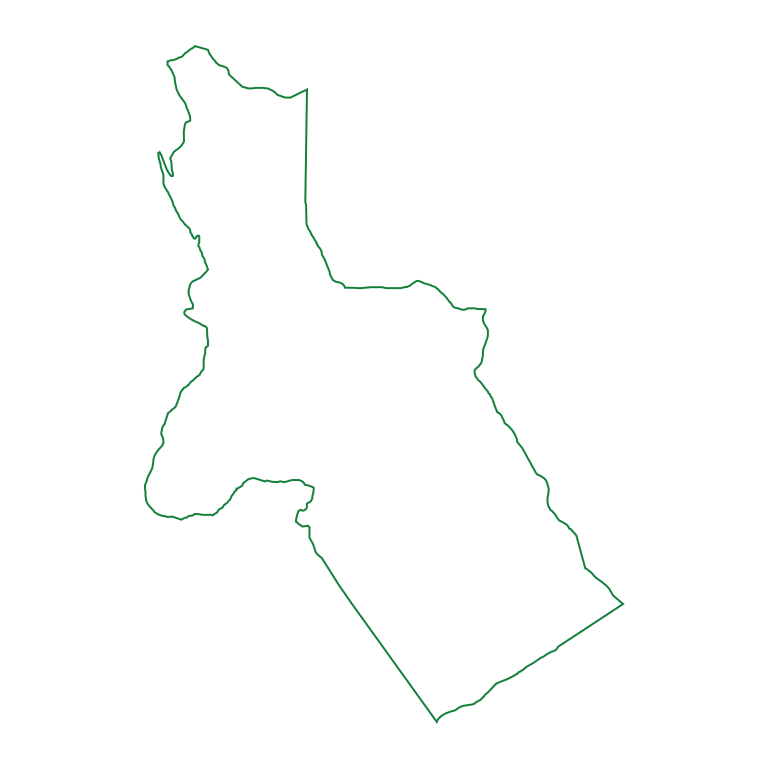 Jimenez, Cartago, Costa Rica
{"feature_id": "36466004B31180817365439", "entity_name": "Jimenez", "entity_type": "district", "adm_level": 2, "iso_a3": "CRI", "parent_name": "Costa Rica", "parent_adm1": "Cartago", "projection": "mercator", "projection_center": [-83.723, 9.819], "detail": "fine", "context": "isolated", "style": "outline", "palette": "green", "viewbox_px": 768, "rotation_deg": 0, "n_neighbors": 0, "source": "geoboundaries", "source_scale": "gbopen_adm2", "svg_char_len": 6066}
<svg xmlns="http://www.w3.org/2000/svg" viewBox="0 0 768 768"><path d="M207.9,49.8L194.9,46.1L193.3,47.7L190.8,49.0L187.3,51.8L185.4,53.0L182.0,56.6L180.0,57.5L178.9,57.5L177.9,58.4L175.0,59.5L172.4,60.3L170.6,60.3L167.6,61.4L167.6,65.2L169.2,66.6L170.1,68.4L170.9,69.1L174.6,77.3L174.9,81.6L176.6,89.5L179.5,95.5L181.2,97.6L181.6,98.6L182.0,98.8L184.9,102.8L185.7,104.4L186.9,108.6L187.8,110.0L190.0,116.3L190.3,120.1L189.9,120.9L186.0,122.4L185.5,123.0L185.5,123.6L184.9,124.5L183.8,131.6L184.0,141.2L183.3,143.0L180.9,146.2L178.3,148.7L176.1,150.0L175.8,150.5L174.1,151.6L170.4,157.9L170.4,159.1L171.2,161.1L171.5,163.3L171.8,169.5L172.9,173.8L172.9,175.6L172.6,176.0L171.1,176.0L168.7,172.9L166.5,169.0L166.3,167.9L165.1,165.5L161.4,155.2L159.8,152.5L159.5,153.2L158.4,152.9L158.6,157.7L160.6,164.5L160.7,166.8L163.4,174.7L163.5,183.8L164.7,187.1L168.4,192.8L168.7,194.2L169.8,195.7L172.3,201.0L173.8,206.2L174.6,207.0L176.5,211.6L178.3,214.2L179.3,216.8L180.8,219.6L183.2,221.9L184.7,224.2L189.2,228.2L190.3,230.5L190.4,232.7L191.9,234.5L192.3,236.1L192.8,236.4L193.7,238.3L195.1,238.7L196.3,237.3L196.3,236.7L197.9,235.6L198.9,235.7L199.3,236.4L199.2,242.5L198.6,243.6L198.3,245.8L199.5,247.5L200.0,249.6L202.0,253.2L202.3,256.0L203.5,257.4L204.8,260.1L204.9,262.3L205.7,263.2L208.0,269.5L205.9,272.2L200.3,277.8L193.1,281.2L191.4,282.6L190.5,284.0L189.5,286.6L189.5,287.7L188.7,289.8L188.6,293.3L188.9,294.9L191.1,301.1L192.9,304.4L192.8,308.4L186.2,309.5L184.3,312.0L184.3,313.8L185.8,315.5L187.6,316.9L190.9,319.2L194.9,321.3L200.0,323.5L200.2,323.9L204.0,326.0L204.6,326.0L206.6,327.4L207.1,329.4L207.2,336.3L208.0,340.7L208.0,345.8L205.7,347.5L205.2,349.6L205.2,354.1L204.6,354.9L203.7,359.8L203.7,367.8L203.4,369.4L201.1,371.9L199.7,374.8L197.5,376.5L197.0,376.5L195.5,377.8L195.0,378.6L194.0,379.1L193.1,380.5L191.3,381.4L188.7,384.7L185.4,387.4L184.3,387.6L181.2,391.2L180.3,393.2L178.9,398.5L177.8,400.5L177.6,402.1L176.4,404.5L176.3,405.5L174.9,407.5L171.2,410.3L170.5,411.4L168.1,413.0L164.3,424.6L163.5,425.3L162.3,427.6L161.2,433.6L161.4,434.6L162.0,435.5L163.2,438.8L163.4,443.1L162.0,445.9L157.4,450.9L154.8,455.1L153.5,459.2L153.3,462.1L152.2,468.4L147.6,477.5L146.6,481.2L145.1,484.9L144.9,488.5L145.5,491.6L145.5,496.0L146.4,501.3L147.7,503.9L149.1,505.8L153.2,510.2L154.4,511.9L157.9,514.3L161.7,515.6L167.6,516.9L172.6,516.7L181.5,519.7L184.1,518.0L187.0,517.5L188.2,516.3L189.3,515.9L192.0,515.6L193.4,515.1L194.0,514.3L194.7,514.0L197.1,514.0L203.7,514.9L208.8,514.9L210.3,514.6L212.8,515.3L214.3,514.0L216.8,512.8L219.1,509.3L222.4,507.8L224.0,505.1L227.4,502.6L229.0,500.4L230.3,499.2L231.6,495.9L233.4,493.8L234.3,492.0L236.7,489.6L236.1,488.6L235.6,488.5L237.5,488.5L242.4,485.6L243.0,483.4L247.9,479.5L249.2,478.9L252.9,478.1L254.3,478.1L264.6,481.3L265.5,481.3L266.4,480.7L268.0,480.7L271.6,481.7L275.7,482.1L278.0,482.0L280.0,481.3L283.4,482.0L285.3,482.0L289.6,480.6L292.8,480.0L299.1,480.1L300.2,480.4L302.9,482.0L303.8,482.8L304.8,484.7L309.1,485.7L313.1,487.2L313.7,487.8L313.7,489.7L313.2,493.1L312.4,496.1L312.2,498.8L310.6,501.5L309.6,502.3L307.7,503.0L306.9,503.9L306.9,506.9L306.6,508.2L305.8,509.2L304.7,510.1L303.0,510.7L302.4,510.7L300.9,509.8L298.9,510.7L298.4,511.3L297.0,515.3L296.2,519.1L295.9,520.4L296.1,522.0L297.3,522.4L298.0,523.5L302.4,526.5L307.9,525.8L309.2,526.9L309.5,527.6L309.5,537.7L313.1,544.2L315.9,552.7L319.2,556.0L321.6,557.7L338.6,584.6L351.6,603.4L436.8,721.9L437.8,719.5L439.2,718.0L440.8,716.4L445.0,713.7L450.8,711.5L455.2,710.3L459.2,707.5L462.7,705.9L470.6,704.7L473.4,704.1L474.8,703.5L474.9,702.9L480.8,699.6L481.8,698.3L484.2,696.2L484.9,694.9L488.2,692.1L496.0,683.8L496.6,683.8L497.4,683.0L508.0,678.8L514.5,675.5L514.7,675.0L516.2,674.4L517.1,673.6L517.6,673.6L518.5,672.4L519.9,671.6L520.5,671.6L521.6,670.5L522.2,670.4L526.7,666.7L533.1,663.1L540.8,657.8L543.4,656.7L547.6,653.8L550.6,652.2L555.3,650.4L555.6,649.9L556.4,649.5L558.1,646.7L623.1,604.0L613.0,595.4L609.1,588.6L606.4,585.7L602.0,582.1L595.9,577.7L591.5,572.9L587.0,569.1L585.3,568.4L576.3,535.3L570.5,528.9L569.4,528.8L568.3,526.6L567.0,524.9L562.9,522.3L559.3,520.5L557.5,518.3L555.0,514.2L551.8,510.8L550.7,510.1L548.4,506.2L547.5,502.4L547.5,497.7L548.5,493.0L548.7,488.4L546.9,482.4L545.7,480.0L544.1,478.3L540.4,475.8L537.4,474.5L536.1,473.2L522.2,447.9L517.1,441.8L516.8,439.1L515.1,434.9L513.4,432.2L513.3,431.7L511.0,428.7L507.4,425.1L506.4,424.6L504.5,422.9L503.9,420.7L501.9,416.8L501.9,416.2L500.8,414.7L498.2,412.5L497.7,412.5L496.8,411.4L496.7,410.3L496.0,409.4L495.1,406.5L494.5,405.7L494.2,403.6L493.4,402.1L492.2,398.5L490.9,396.7L489.7,394.2L488.5,393.1L487.9,391.6L485.7,389.1L481.4,383.1L479.6,381.1L478.6,380.5L475.4,376.1L475.1,374.0L474.6,373.1L474.5,370.9L474.9,369.9L475.9,368.6L478.8,366.3L479.8,364.7L480.7,364.0L481.6,362.0L482.8,356.1L483.1,349.9L483.7,347.7L485.1,344.6L487.6,337.0L487.9,334.8L487.9,330.8L487.7,329.7L486.8,327.8L484.1,323.6L482.8,320.0L483.1,316.0L484.3,314.2L485.1,312.3L485.7,310.2L485.5,309.2L476.4,308.9L475.0,308.3L467.6,308.3L466.5,309.2L464.5,309.7L461.6,309.7L459.1,308.6L454.2,307.5L453.4,306.9L450.6,302.7L449.4,301.8L446.5,297.7L443.1,294.0L441.2,292.7L437.5,288.7L437.0,288.6L434.9,286.8L432.3,286.1L430.4,285.0L423.9,283.2L421.1,281.8L418.5,281.0L416.8,280.9L415.9,281.4L415.0,282.1L413.1,283.1L409.7,285.8L408.6,286.1L407.1,286.9L404.3,287.2L401.1,288.1L386.2,288.1L381.8,287.2L370.9,287.2L361.4,288.1L356.2,288.1L354.6,287.8L345.0,287.7L344.3,285.8L342.4,283.8L339.9,282.6L335.5,281.6L332.7,279.8L330.4,275.5L330.4,274.9L329.9,274.3L329.6,271.8L324.9,260.0L322.2,255.0L321.3,250.9L319.6,247.9L317.8,246.1L317.6,245.0L316.5,243.5L316.5,242.4L315.7,241.6L313.2,237.1L311.3,234.3L310.2,231.4L308.7,229.5L306.5,224.4L306.1,205.3L305.3,201.9L307.0,89.5L290.4,97.6L285.3,97.6L277.5,94.9L275.6,92.9L273.3,91.1L269.1,89.0L267.3,88.4L262.7,87.9L255.7,87.9L251.8,88.4L248.1,88.4L242.3,86.7L229.1,74.7L228.4,70.7L226.9,67.9L223.3,66.4L219.2,65.2L216.0,62.5L215.6,61.6L212.6,58.3L211.4,56.5L209.2,53.2L207.9,49.8Z" fill="none" stroke="#15803d" stroke-width="2"/></svg>